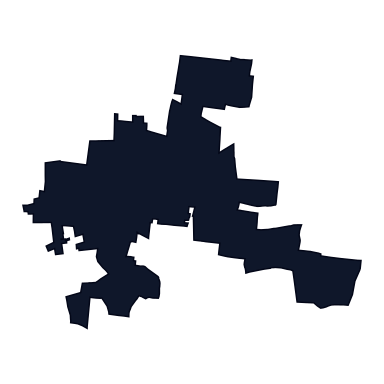 Temax, Yucatán, Mexico (Mercator projection)
{"feature_id": "50627088B89338735771017", "entity_name": "Temax", "entity_type": "district", "adm_level": 2, "iso_a3": "MEX", "parent_name": "Mexico", "parent_adm1": "Yucatán", "projection": "mercator", "projection_center": [-88.871, 21.173], "detail": "fine", "context": "isolated", "style": "filled", "palette": "ink", "viewbox_px": 384, "rotation_deg": 0, "n_neighbors": 0, "source": "geoboundaries", "source_scale": "gbopen_adm2", "svg_char_len": 5953}
<svg xmlns="http://www.w3.org/2000/svg" viewBox="0 0 384 384"><path d="M313.8,302.8L317.5,306.0L320.6,308.1L322.1,307.9L323.3,307.7L326.3,306.8L328.3,305.9L331.0,305.0L332.8,304.8L335.1,304.7L343.8,304.8L348.1,305.2L352.4,294.6L354.9,281.0L359.7,270.1L360.2,268.5L361.0,260.5L357.7,260.4L351.0,259.7L340.4,258.6L330.7,257.4L320.7,255.9L320.8,254.0L318.5,253.2L311.1,251.7L310.3,251.5L307.9,251.3L304.6,250.9L298.4,250.3L300.0,241.9L300.1,240.0L299.2,235.7L299.1,234.8L299.6,230.8L300.7,227.2L301.5,224.9L297.3,224.9L293.6,225.0L290.9,225.9L289.1,226.0L275.8,228.4L273.7,228.5L269.9,229.2L268.0,229.5L265.5,229.6L260.9,229.9L259.3,229.7L256.4,229.5L256.7,226.4L256.8,225.6L257.0,223.2L257.1,221.8L257.1,221.0L257.4,216.8L257.7,214.8L257.8,213.2L256.4,213.0L255.4,212.9L254.3,212.7L253.6,212.6L253.0,212.5L251.8,212.4L250.0,212.1L249.0,211.9L246.5,211.5L245.9,211.4L244.7,211.2L244.2,211.1L243.6,211.0L243.0,210.9L242.5,210.9L240.7,210.5L240.2,210.4L238.6,210.2L237.6,210.1L237.2,210.0L237.5,209.0L237.8,208.3L238.0,207.9L238.2,207.3L238.4,206.7L238.7,205.3L238.9,204.5L239.3,202.2L240.3,202.5L240.9,202.6L243.1,203.1L243.5,203.2L243.9,203.3L244.4,203.4L244.8,203.6L248.0,204.3L249.7,204.8L250.3,204.9L251.5,205.2L252.2,205.4L252.5,205.4L254.3,205.8L254.8,205.9L255.6,206.0L256.4,206.2L257.0,206.3L257.8,206.3L258.5,206.3L260.3,206.2L262.5,205.9L265.4,205.7L267.3,206.0L267.7,206.0L268.7,205.9L270.9,205.8L274.2,205.1L275.5,205.0L275.9,204.3L277.1,192.6L277.8,187.3L278.3,181.8L274.4,181.5L258.5,180.4L236.9,179.1L235.4,167.7L235.3,167.3L234.6,158.6L234.1,157.3L233.9,156.4L233.9,152.0L233.8,151.4L233.8,148.3L233.7,144.0L232.8,144.5L223.7,150.0L219.0,153.0L219.5,145.0L219.8,140.3L219.9,138.2L220.0,135.9L220.5,127.4L219.8,127.3L209.9,122.1L205.9,119.8L200.8,116.7L201.2,113.3L201.7,111.4L202.1,109.7L202.9,106.4L213.0,107.8L219.2,108.6L224.3,109.3L224.9,106.5L225.5,104.2L227.9,105.0L231.5,105.8L239.6,107.3L244.1,107.1L248.9,106.7L249.1,105.5L251.6,97.2L251.8,93.9L252.0,91.1L252.4,84.9L252.8,80.9L253.3,76.3L249.4,75.9L249.6,73.1L249.9,71.2L250.4,69.0L251.5,63.8L251.9,60.0L250.4,60.2L247.9,60.0L246.3,59.9L245.7,59.9L244.0,59.6L240.4,59.6L239.0,59.2L238.4,59.1L236.9,58.8L236.1,58.5L231.3,57.4L230.8,61.2L222.9,60.4L221.1,60.1L190.3,56.7L180.4,55.7L179.6,62.2L178.9,66.2L178.5,68.8L177.1,77.0L176.0,84.6L175.8,84.8L175.4,88.6L174.4,93.4L177.5,93.8L180.3,94.2L182.4,94.5L181.1,104.1L177.0,101.8L173.4,100.0L172.7,99.6L171.9,101.7L170.8,105.9L170.1,109.3L169.7,110.7L167.2,127.3L167.2,128.4L167.6,130.6L166.7,136.4L163.9,135.6L159.7,134.4L157.6,133.8L154.2,132.8L151.0,131.9L149.5,131.4L148.2,131.0L146.5,130.5L146.8,125.5L146.8,123.3L143.5,123.1L143.4,119.6L143.3,116.4L136.0,116.5L136.0,115.6L133.8,115.6L132.7,115.6L132.7,122.1L130.1,121.9L124.7,121.4L121.3,121.0L117.6,120.8L117.7,114.1L114.7,113.8L114.4,128.1L114.3,133.3L114.0,140.6L98.4,140.9L96.1,141.0L95.3,141.0L89.9,141.0L86.7,165.0L60.9,161.6L60.1,160.9L45.3,162.9L45.3,175.3L45.4,181.7L44.4,191.6L39.9,190.7L39.1,197.9L34.2,199.1L34.0,203.6L26.6,205.5L26.5,205.3L23.0,205.3L24.2,211.3L24.2,211.5L27.9,211.6L28.4,213.8L28.4,214.0L33.4,213.9L33.3,222.5L40.9,222.5L51.3,222.4L52.2,228.4L53.8,242.4L46.2,246.1L48.3,251.1L54.6,248.5L55.6,254.5L63.0,253.6L62.8,252.2L62.1,247.1L61.6,243.5L66.6,242.9L66.5,240.7L69.4,239.8L69.2,238.2L68.5,238.5L66.3,239.2L66.4,240.5L65.5,240.7L65.2,239.0L61.2,239.5L61.1,239.1L62.5,238.9L63.5,238.8L62.8,233.8L63.4,233.7L62.1,225.7L64.9,225.6L73.5,226.3L74.8,232.3L74.7,232.3L75.3,236.5L82.9,234.2L84.3,242.1L76.3,244.5L76.6,248.8L78.7,248.2L79.1,250.5L97.7,248.5L97.6,249.3L97.2,252.5L96.5,256.4L96.5,256.7L96.5,256.8L96.8,257.9L97.2,259.2L97.4,259.9L97.9,261.6L98.5,262.3L102.9,267.6L105.5,270.0L107.1,271.8L108.6,274.0L100.8,278.9L97.9,281.1L97.6,281.3L96.4,282.1L95.9,282.5L94.6,282.6L94.2,282.6L91.2,282.9L89.0,282.9L88.0,283.1L82.4,283.3L80.7,292.6L66.1,296.8L66.8,300.1L67.3,303.1L67.9,306.9L70.4,315.2L70.5,317.3L70.6,319.2L70.8,320.8L70.7,322.7L74.5,323.2L77.9,323.8L82.5,325.7L87.1,328.3L87.1,327.1L89.9,297.3L93.3,297.7L96.1,298.0L100.0,298.2L101.9,298.1L107.2,306.2L108.8,311.9L109.0,314.1L119.1,315.5L119.5,315.5L124.2,316.0L128.8,316.7L128.8,315.6L128.9,313.3L129.2,311.6L130.3,309.0L131.1,306.6L135.8,300.1L136.6,299.3L138.9,295.7L141.0,296.4L141.4,296.4L143.1,297.4L145.7,298.7L147.3,297.7L149.1,297.2L152.8,298.0L157.1,298.1L158.3,298.2L158.9,296.6L159.1,295.3L159.3,294.2L159.4,293.4L159.4,290.7L159.4,288.0L159.5,287.7L159.6,287.1L159.7,286.5L159.9,283.3L159.7,281.6L159.3,280.4L159.1,279.7L158.5,278.5L158.6,277.6L158.1,276.7L156.7,275.6L156.4,275.4L147.5,269.0L145.0,266.7L143.7,266.2L142.1,266.1L140.6,266.2L135.2,265.3L135.6,261.0L133.5,260.7L133.6,259.0L133.8,257.3L132.9,257.2L131.5,256.9L130.6,256.7L129.5,256.7L127.9,256.5L127.1,256.5L125.9,256.6L126.8,254.0L127.4,251.8L128.9,246.9L130.3,242.0L132.3,241.5L135.8,242.3L136.1,240.6L136.6,237.2L137.1,232.2L137.9,232.7L137.8,233.4L138.3,233.7L139.9,233.8L141.6,234.8L148.5,238.4L148.5,238.2L148.7,235.8L149.8,226.0L150.2,222.6L152.0,222.7L152.6,218.9L155.1,218.9L158.2,219.5L157.7,223.6L161.6,224.1L166.6,224.3L174.0,225.2L184.0,226.0L187.0,226.4L187.5,224.7L188.1,223.1L184.4,222.8L184.7,220.3L188.5,220.2L189.0,218.0L189.7,216.9L190.0,214.7L190.1,213.8L188.2,213.5L189.0,206.6L194.9,207.1L194.2,209.8L193.8,211.5L192.6,216.1L193.4,216.1L193.6,225.4L193.7,229.7L193.7,230.6L193.9,240.1L199.8,240.8L200.5,240.8L201.1,241.0L203.9,241.3L205.5,241.6L209.1,242.0L209.3,242.0L219.0,243.1L219.9,243.2L219.8,243.9L219.0,250.8L218.6,254.6L221.0,255.2L224.9,256.1L227.8,256.7L231.4,257.2L234.3,257.6L237.7,258.0L240.1,258.3L241.8,258.4L243.3,258.6L245.1,258.8L244.7,260.9L244.4,262.5L244.2,264.5L244.8,267.4L245.2,268.2L245.6,270.1L245.9,273.1L249.5,272.0L264.0,269.1L270.5,268.2L271.4,267.6L273.1,267.6L275.3,267.4L281.2,267.8L287.0,269.2L290.6,269.8L292.9,270.8L293.7,276.4L294.5,282.2L297.1,302.0L304.6,302.4L306.8,302.5L313.8,302.8Z" fill="#0f172a" stroke="#020617" stroke-width="1.5"/></svg>